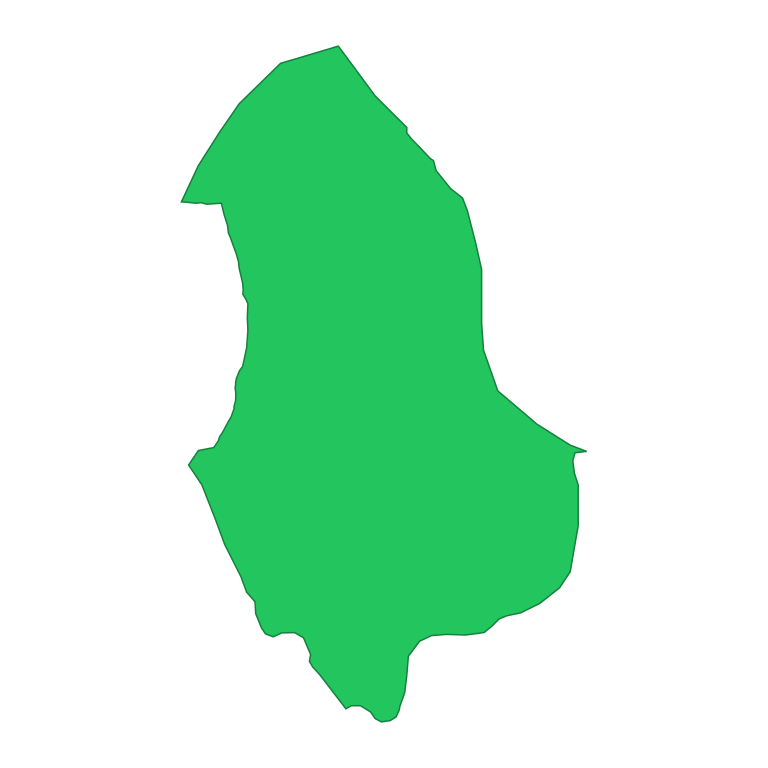 outline of Surulere, Oyo, Nigeria
{"feature_id": "59680162B17719625697929", "entity_name": "Surulere", "entity_type": "district", "adm_level": 2, "iso_a3": "NGA", "parent_name": "Nigeria", "parent_adm1": "Oyo", "projection": "natural_earth1", "projection_center": [4.404, 8.096], "detail": "fine", "context": "isolated", "style": "filled", "palette": "green", "viewbox_px": 768, "rotation_deg": 0, "n_neighbors": 0, "source": "geoboundaries", "source_scale": "gbopen_adm2", "svg_char_len": 1794}
<svg xmlns="http://www.w3.org/2000/svg" viewBox="0 0 768 768"><path d="M528.3,416.8L497.8,390.9L496.0,385.7L483.5,350.1L482.9,340.8L481.6,323.5L481.6,301.1L481.6,297.0L481.6,269.4L475.9,244.0L467.4,210.8L462.6,198.1L450.6,188.6L436.1,170.6L435.2,167.1L433.5,160.7L429.9,158.2L423.3,151.1L411.5,138.9L406.8,133.0L406.8,127.5L375.1,95.9L353.2,66.2L338.3,46.1L292.5,59.8L280.6,63.3L263.2,80.3L239.3,103.6L219.5,132.3L198.3,165.7L181.4,201.9L186.7,202.2L195.6,203.2L201.3,202.7L206.6,204.2L221.4,203.2L224.2,215.0L226.8,223.1L227.5,225.2L228.4,233.0L230.5,237.8L233.1,245.2L236.0,253.0L238.4,261.2L239.2,268.4L242.7,283.3L243.2,289.8L242.9,294.4L245.9,299.3L247.9,303.8L247.3,317.4L247.9,330.2L246.6,348.0L243.8,361.1L242.6,366.5L239.5,370.7L236.6,377.9L236.2,379.5L235.6,382.5L235.6,385.0L235.1,387.5L235.7,392.5L235.8,395.6L235.6,400.4L234.8,403.7L234.1,406.2L234.1,408.5L231.2,416.7L227.9,422.3L222.5,432.5L219.7,436.5L218.3,440.9L213.7,447.6L198.4,450.5L188.6,465.0L201.9,484.9L212.2,511.2L215.5,519.6L224.7,544.5L240.9,576.6L246.6,592.1L255.0,601.8L255.7,613.6L261.6,628.2L265.5,633.9L273.3,636.8L281.8,632.9L294.5,632.6L303.5,637.7L310.6,654.5L309.4,661.4L312.7,667.0L319.5,674.4L345.9,708.8L351.4,705.7L360.4,705.7L370.5,711.9L375.3,718.7L381.4,721.9L390.3,720.6L390.5,720.4L396.1,716.9L399.0,710.6L399.9,706.3L404.7,692.7L406.8,675.3L408.4,656.1L411.0,652.7L416.6,645.2L419.6,641.2L431.4,635.6L446.3,634.4L465.5,635.0L477.2,633.5L484.2,632.5L491.7,626.3L499.2,618.9L506.7,615.8L521.1,612.7L526.2,610.1L531.7,607.4L539.8,603.4L549.7,595.6L559.5,587.9L564.3,580.7L570.2,571.8L575.9,538.9L578.2,525.9L578.2,509.2L578.2,500.5L578.2,499.5L578.2,485.0L574.4,473.2L572.8,460.8L575.0,452.8L586.6,451.4L570.1,445.1L536.8,424.1L528.3,416.8Z" fill="#22c55e" stroke="#15803d" stroke-width="1.5"/></svg>